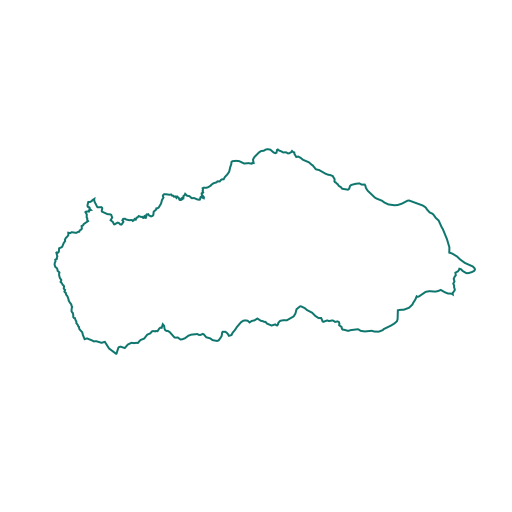 outline of Thathom, Vientiane, Laos, rotated 154°
{"feature_id": "54806243B97647332692488", "entity_name": "Thathom", "entity_type": "district", "adm_level": 2, "iso_a3": "LAO", "parent_name": "Laos", "parent_adm1": "Vientiane", "projection": "natural_earth1", "projection_center": [103.67, 18.993], "detail": "fine", "context": "isolated", "style": "outline", "palette": "teal", "viewbox_px": 512, "rotation_deg": 154, "n_neighbors": 0, "source": "geoboundaries", "source_scale": "gbopen_adm2", "svg_char_len": 6121}
<svg xmlns="http://www.w3.org/2000/svg" viewBox="0 0 512 512"><g transform="rotate(154 256 256)"><path d="M176.2,332.3L177.0,333.0L177.6,334.6L178.8,333.9L181.4,333.8L182.4,334.3L183.5,336.0L186.2,337.2L187.5,339.1L188.9,340.5L189.7,342.2L190.6,342.1L192.3,339.9L193.5,339.9L194.8,341.3L196.5,345.3L198.7,346.9L200.7,347.4L202.9,347.2L205.3,348.1L207.9,347.8L213.9,345.7L215.2,344.9L216.5,343.8L217.4,340.6L218.5,341.3L219.4,340.8L221.9,342.7L226.1,344.3L229.6,348.7L232.1,350.2L235.5,351.5L236.6,351.4L237.1,350.8L238.1,349.2L240.0,347.4L243.2,343.5L246.0,341.9L249.4,340.6L251.5,339.1L252.8,339.8L254.2,339.7L255.9,338.9L257.9,340.0L259.1,339.5L262.4,340.0L265.0,339.6L265.7,339.1L269.1,338.8L271.0,339.2L273.3,340.4L274.3,340.3L274.7,338.5L275.5,337.9L275.6,336.4L276.0,336.4L276.6,335.8L277.3,336.2L277.5,336.0L278.0,334.0L277.2,332.8L277.1,331.5L277.6,330.8L279.7,333.3L280.2,333.1L281.7,331.3L282.3,331.4L283.9,332.5L286.2,335.2L288.4,336.1L289.6,339.0L291.5,340.3L292.4,342.9L293.5,342.0L294.9,341.7L296.1,339.5L296.6,339.6L297.0,340.6L298.2,340.3L297.6,339.7L297.8,339.3L299.0,339.3L299.9,339.7L300.2,340.4L299.9,341.8L300.8,344.0L302.0,343.1L302.5,345.0L303.7,345.2L303.9,346.4L305.0,347.0L305.2,348.4L307.0,349.0L309.7,350.9L311.5,351.8L313.0,351.3L313.4,350.8L313.6,349.0L315.8,347.7L318.4,344.7L322.3,342.2L323.7,342.1L324.7,342.5L325.5,341.5L328.5,340.7L330.3,337.9L331.5,337.4L333.0,337.6L334.3,339.3L334.6,340.9L335.4,340.9L336.0,341.3L336.5,341.1L336.9,340.1L338.3,338.6L338.5,338.7L338.3,339.4L338.6,340.7L339.1,340.6L339.5,339.5L340.6,339.6L340.9,339.9L341.1,341.1L342.2,341.5L343.9,343.3L345.5,342.6L346.6,342.8L348.2,341.4L348.9,342.5L350.4,341.6L351.4,341.5L351.8,342.8L354.2,343.7L356.7,345.7L357.4,346.9L359.1,347.6L360.5,346.6L360.0,345.4L360.2,344.8L363.1,343.2L364.1,343.8L364.8,345.8L365.8,346.7L369.2,346.4L369.7,346.7L369.8,349.4L371.0,351.9L368.4,353.6L368.1,356.5L368.6,357.2L371.1,358.7L375.0,363.4L374.9,364.2L373.3,366.2L373.2,366.9L373.6,367.7L376.8,369.1L377.2,369.7L377.3,375.7L376.8,377.5L376.3,378.2L378.7,377.9L379.5,377.4L381.5,377.3L383.0,378.1L385.2,375.5L385.6,374.4L385.6,373.9L384.4,372.8L384.4,372.2L384.9,371.6L384.2,369.7L386.2,370.2L386.6,369.2L389.2,370.4L390.1,370.2L389.9,367.5L391.3,364.9L391.1,363.8L391.9,362.5L391.6,361.0L396.9,360.2L397.9,359.4L399.6,359.4L400.5,357.0L401.2,356.5L403.3,356.2L404.2,355.3L405.4,355.7L407.4,355.6L411.3,358.2L412.9,358.0L414.5,359.2L415.5,357.1L416.8,356.3L419.0,355.6L420.6,354.4L421.0,353.1L423.1,352.0L425.9,349.5L426.7,349.1L429.6,349.2L431.1,346.6L432.1,345.8L432.8,345.8L433.5,346.6L434.0,346.5L434.7,342.8L435.6,342.0L436.2,340.7L438.0,340.7L438.6,339.0L439.8,338.1L440.8,336.6L441.2,334.3L440.2,331.9L440.8,329.6L439.9,327.4L441.1,325.8L441.7,323.6L441.9,321.9L441.5,320.0L441.7,319.5L443.0,318.4L442.4,316.5L442.4,315.0L441.8,313.5L441.8,313.0L443.1,310.9L442.5,309.2L443.8,308.0L443.7,307.2L443.1,306.4L443.6,304.4L443.2,303.0L443.2,301.9L443.5,299.1L443.9,298.1L443.7,295.6L443.2,293.5L443.6,292.3L443.6,290.7L444.5,289.9L446.0,287.3L446.0,286.0L445.6,285.1L446.1,283.2L447.0,281.3L446.8,280.1L446.0,279.5L446.3,277.8L446.2,275.9L446.9,274.3L446.4,272.3L446.6,270.6L446.2,270.0L446.8,267.7L445.6,263.5L446.2,261.0L446.5,256.4L444.0,256.0L440.1,251.7L439.3,250.4L437.0,249.5L432.9,245.7L429.5,245.1L428.6,237.2L424.6,229.4L424.2,229.4L420.0,233.8L419.2,234.2L417.5,233.9L414.3,230.8L410.0,232.6L406.1,232.6L403.7,231.1L401.8,230.5L400.3,229.6L397.6,230.8L396.1,231.1L392.7,230.8L388.2,233.0L385.1,232.8L382.3,233.9L381.3,233.6L379.6,232.4L378.9,232.5L377.5,231.6L374.5,233.3L373.2,233.5L372.3,232.8L369.7,235.5L369.2,233.5L370.1,230.7L370.1,229.2L369.3,227.9L368.1,227.3L366.9,225.4L365.0,218.6L363.8,217.7L362.1,217.1L360.5,214.1L358.9,213.5L356.0,213.2L351.7,214.0L348.7,213.7L343.0,211.6L342.0,210.2L340.6,209.4L338.0,209.3L337.3,208.5L336.3,204.7L333.3,202.1L331.9,199.4L328.2,196.7L326.6,196.5L323.0,198.4L321.9,199.2L319.8,202.2L319.2,202.5L316.7,201.3L315.6,198.9L315.3,196.1L312.7,195.7L310.8,197.2L307.4,198.7L304.2,200.6L298.4,203.1L295.8,203.4L293.8,202.8L291.9,201.5L290.9,199.1L288.3,199.5L285.6,198.8L282.2,199.2L280.1,195.7L278.5,194.5L277.6,193.3L276.3,192.6L275.8,190.5L272.5,186.7L268.7,186.1L267.9,184.6L267.4,184.3L266.0,185.0L265.6,185.9L263.3,187.0L262.0,187.0L259.1,186.1L256.5,184.7L248.7,185.2L245.9,186.9L242.9,190.4L238.5,191.4L237.7,191.1L235.1,187.9L233.9,185.1L230.4,180.4L229.0,176.2L227.3,173.3L226.7,172.6L224.6,171.7L224.8,167.9L224.3,167.3L220.3,166.9L218.9,165.5L215.8,164.7L215.0,164.1L213.8,162.1L211.5,161.5L210.5,160.5L210.6,158.8L211.6,157.3L210.2,154.7L210.7,152.9L210.4,151.8L209.4,151.3L206.0,148.3L203.5,147.9L196.8,145.6L196.1,145.1L194.7,142.8L191.3,140.5L184.9,138.1L182.7,136.2L178.9,134.2L174.6,133.8L173.4,134.3L165.1,134.3L161.1,134.7L157.9,135.6L156.4,137.2L152.3,145.0L150.3,144.5L146.6,142.9L141.1,142.4L136.7,143.8L135.1,145.1L131.9,147.0L129.3,149.3L128.9,148.6L127.4,148.2L119.2,149.4L115.4,148.3L110.5,145.4L107.8,144.7L104.8,144.5L102.3,140.8L100.0,138.2L96.7,136.4L96.0,135.2L95.5,136.5L92.7,137.9L92.0,138.7L91.6,141.3L90.9,142.4L90.8,144.7L88.8,146.1L88.3,148.8L86.7,150.2L84.9,151.1L84.1,153.6L81.2,153.7L79.5,154.6L78.8,155.4L77.6,154.3L76.8,151.9L74.5,148.4L72.7,147.5L69.0,146.9L66.4,147.0L65.8,147.3L65.0,148.1L65.0,149.4L65.7,151.5L71.3,158.2L74.1,163.5L75.5,167.4L78.6,172.2L80.8,174.3L78.4,179.0L77.0,187.3L76.3,198.1L76.5,200.6L76.3,207.9L77.7,211.3L78.4,215.4L78.9,216.7L80.8,219.0L81.8,222.3L82.3,225.5L84.0,228.3L94.1,238.8L95.7,239.3L101.9,239.1L106.3,239.7L109.3,240.9L114.5,244.4L117.3,248.0L118.5,250.4L122.4,254.7L123.5,256.3L127.0,265.7L127.4,269.0L126.9,271.1L127.0,272.6L129.7,273.8L131.2,275.9L134.8,277.2L139.2,278.1L140.8,277.7L142.8,275.6L144.3,275.3L149.1,278.7L149.4,280.4L150.9,282.9L151.1,284.8L151.8,285.9L152.0,287.1L152.7,287.8L152.8,288.7L151.7,290.5L152.0,294.3L154.1,296.5L155.4,297.3L157.4,299.4L161.6,305.6L164.0,307.5L164.5,308.7L164.6,310.1L165.0,310.9L165.2,312.5L166.0,313.6L167.3,316.9L171.6,321.9L172.9,324.7L174.5,326.9L176.4,327.3L176.7,331.0L176.2,332.3Z" fill="none" stroke="#0f766e" stroke-width="2"/></g></svg>